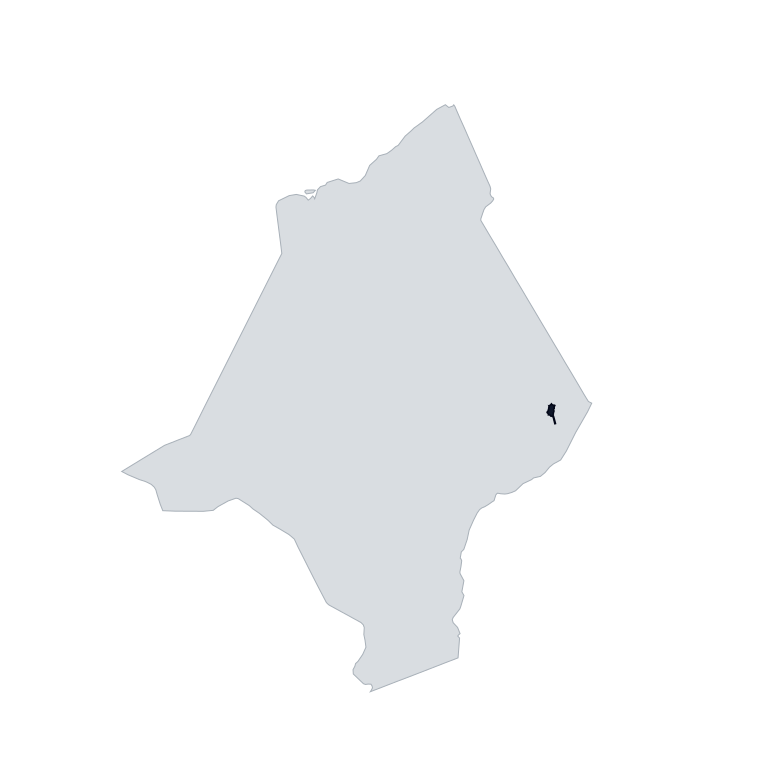 location of Rangwe, Nyanza, Kenya, rotated 207°
{"feature_id": "3690345B99365267658233", "entity_name": "Rangwe", "entity_type": "district", "adm_level": 2, "iso_a3": "KEN", "parent_name": "Kenya", "parent_adm1": "Nyanza", "projection": "robinson", "projection_center": [34.574, -0.513], "detail": "fine", "context": "in_parent", "style": "filled", "palette": "ink", "viewbox_px": 768, "rotation_deg": 207, "n_neighbors": 0, "source": "geoboundaries", "source_scale": "gbopen_adm2", "svg_char_len": 5034}
<svg xmlns="http://www.w3.org/2000/svg" viewBox="0 0 768 768"><g transform="rotate(207 384 384)"><path d="M190.2,461.2L190.0,451.8L191.2,427.9L191.1,407.0L192.1,396.5L196.7,389.8L198.8,385.0L200.3,378.2L202.7,372.7L208.1,368.2L209.1,365.8L214.9,358.3L218.3,348.6L220.9,345.4L224.2,342.3L226.4,340.8L230.2,339.2L233.2,338.3L233.7,337.5L234.0,335.9L233.0,330.0L234.2,328.0L236.3,324.0L238.6,320.3L240.6,318.0L241.8,315.5L242.4,311.3L242.4,308.4L242.4,303.5L241.8,292.5L239.3,283.2L237.8,272.9L238.9,269.5L237.0,263.4L236.0,263.1L234.5,261.8L232.5,256.1L231.0,250.8L230.0,249.5L223.5,245.0L220.3,234.2L216.7,231.8L214.7,221.1L214.3,218.1L216.4,207.4L216.2,205.0L214.0,202.7L207.9,200.5L202.9,196.1L203.6,194.5L203.9,192.9L201.3,191.9L193.7,173.6L203.5,162.7L213.4,151.6L226.0,137.5L237.6,124.7L247.6,113.5L256.5,103.6L256.3,105.5L256.3,108.0L257.5,109.5L259.3,110.6L261.8,109.5L264.1,107.9L266.2,107.6L279.7,111.7L281.9,115.4L281.8,119.2L282.4,122.0L281.3,124.9L280.2,133.4L280.6,141.3L284.6,147.1L288.2,151.6L291.0,158.0L293.1,160.0L296.1,161.0L305.3,161.3L318.9,161.7L332.1,162.1L333.3,162.2L336.1,163.1L348.2,171.7L359.3,179.7L368.6,186.5L377.7,193.2L386.6,199.7L393.5,205.1L400.2,206.7L411.2,207.5L418.8,207.8L425.9,210.0L436.3,212.2L444.1,213.2L448.8,214.5L461.9,215.7L464.1,215.0L469.8,209.0L476.3,199.3L478.8,193.9L487.1,188.6L501.8,181.2L512.1,176.0L523.6,170.7L528.8,175.3L536.0,182.6L539.3,186.2L541.9,187.8L545.8,188.9L550.5,188.9L553.1,188.7L558.4,187.8L570.9,186.9L578.0,187.0L572.0,196.7L564.9,208.3L551.7,229.7L541.7,241.0L534.1,249.5L533.4,251.0L533.4,260.5L533.6,283.7L533.8,330.1L534.0,376.5L534.2,422.9L534.3,446.2L534.3,453.9L540.9,463.7L547.4,473.2L556.0,485.8L560.6,492.6L561.4,494.9L561.1,499.4L554.0,508.8L548.2,513.1L540.4,515.2L538.1,514.8L535.0,513.4L533.8,515.7L532.9,519.2L531.1,518.5L529.8,517.5L530.6,523.7L531.4,526.8L530.2,531.0L526.4,534.7L526.1,537.8L517.9,545.9L506.2,546.8L500.1,550.8L497.3,554.1L495.3,561.3L496.0,572.3L492.7,580.8L492.1,585.0L486.1,590.5L483.4,595.6L481.4,600.7L479.7,603.0L477.7,614.5L474.9,621.5L474.1,623.8L473.4,625.9L471.2,630.0L469.8,632.9L468.8,634.7L461.7,652.6L456.1,660.7L451.8,659.8L448.9,662.9L448.6,664.4L447.0,663.6L443.4,660.6L436.0,654.5L428.5,648.5L421.1,642.4L413.6,636.3L406.2,630.2L398.7,624.1L391.3,618.0L383.8,611.9L379.4,608.4L377.5,606.3L376.0,602.0L375.2,601.0L373.3,599.7L370.9,599.4L370.2,598.6L370.3,596.6L371.1,593.6L373.8,588.1L374.1,584.8L373.6,581.0L372.7,575.1L372.0,573.7L367.1,570.6L356.7,564.0L346.3,557.5L336.0,550.9L325.6,544.4L315.3,537.8L304.9,531.3L294.5,524.7L284.2,518.2L273.8,511.6L263.5,505.1L253.1,498.5L242.7,492.0L232.4,485.4L222.0,478.9L211.6,472.3L201.3,465.7L197.4,463.3L193.9,461.2L190.2,461.2ZM534.9,524.9L533.1,525.4L534.0,522.2L539.4,518.2L541.6,519.1L542.0,520.0L541.8,520.8L540.9,521.7L534.9,524.9Z" fill="#d9dde1" stroke="#a8b0b8" stroke-width="1"/><path d="M226.9,439.1L226.8,438.8L226.8,438.7L226.7,438.6L226.5,438.4L226.4,438.3L226.3,438.2L226.5,438.0L226.5,437.8L226.5,437.7L226.4,437.6L226.2,437.4L226.2,437.1L226.1,436.9L226.1,436.7L225.9,436.6L225.8,436.4L225.7,436.2L225.7,435.9L225.8,435.8L225.9,435.7L225.8,435.4L225.7,435.3L225.8,435.2L225.7,434.9L225.6,434.7L225.5,434.4L225.6,434.2L225.8,433.9L225.7,433.7L225.7,433.4L225.8,433.3L225.9,433.2L225.9,432.9L225.8,432.7L225.7,432.7L225.4,432.6L225.3,432.4L225.2,432.4L224.9,432.3L224.7,432.3L224.4,432.2L224.2,432.0L224.1,431.9L223.9,431.8L223.9,431.7L223.7,431.5L223.7,431.4L223.6,431.2L223.5,431.3L223.4,431.4L223.2,431.4L222.9,431.3L222.7,431.4L222.5,431.5L222.4,431.6L222.1,431.6L221.9,431.6L221.7,431.7L221.4,431.4L221.2,431.4L221.0,431.2L220.9,431.1L220.7,431.2L220.6,431.3L220.4,431.3L220.2,431.4L219.9,431.4L219.8,431.5L219.7,431.5L219.4,431.5L219.1,431.5L218.4,431.4L217.9,430.9L217.3,430.3L217.1,430.0L216.2,428.9L215.7,428.4L214.0,426.4L213.7,426.1L213.2,426.6L213.8,427.3L217.2,431.1L217.3,431.1L218.3,432.3L218.5,432.4L218.9,432.7L219.0,432.8L219.2,433.0L219.3,433.1L219.4,433.4L219.4,433.6L219.4,433.9L219.4,434.0L219.5,434.1L219.6,434.3L219.8,434.5L219.8,434.8L219.8,435.0L220.0,435.2L220.0,435.3L220.1,435.5L220.0,435.8L220.0,436.0L220.1,436.3L220.2,436.5L220.2,436.8L220.2,437.0L220.3,437.1L220.4,437.3L220.5,437.4L220.6,437.5L220.8,437.7L220.9,437.8L221.0,437.8L221.1,438.1L221.2,438.3L221.3,438.4L221.3,438.5L221.4,438.8L221.4,439.1L221.3,439.3L221.2,439.5L221.3,439.7L221.5,439.6L221.6,439.8L221.7,440.0L221.8,440.0L221.9,440.3L222.0,440.5L221.9,440.7L221.9,440.8L221.9,441.0L222.0,441.1L222.0,441.3L222.0,441.5L222.1,441.4L222.2,441.5L222.3,441.5L222.5,441.6L222.4,441.8L222.4,442.0L222.4,442.3L222.4,442.5L222.5,442.5L222.7,442.4L222.8,442.4L223.1,442.3L223.1,442.2L223.2,441.9L223.3,441.9L223.5,441.8L223.8,441.8L224.0,441.8L224.3,441.9L224.5,441.8L224.8,441.9L224.9,442.0L225.0,442.0L225.3,442.1L225.5,442.2L225.6,442.3L225.8,442.4L226.2,440.8L226.2,440.7L226.3,440.7L226.5,440.4L226.5,440.2L226.5,439.9L226.7,439.6L226.8,439.6L226.9,439.3L226.9,439.2L227.0,439.2L226.9,439.1Z" fill="#0f172a" stroke="#020617" stroke-width="1.5"/></g></svg>